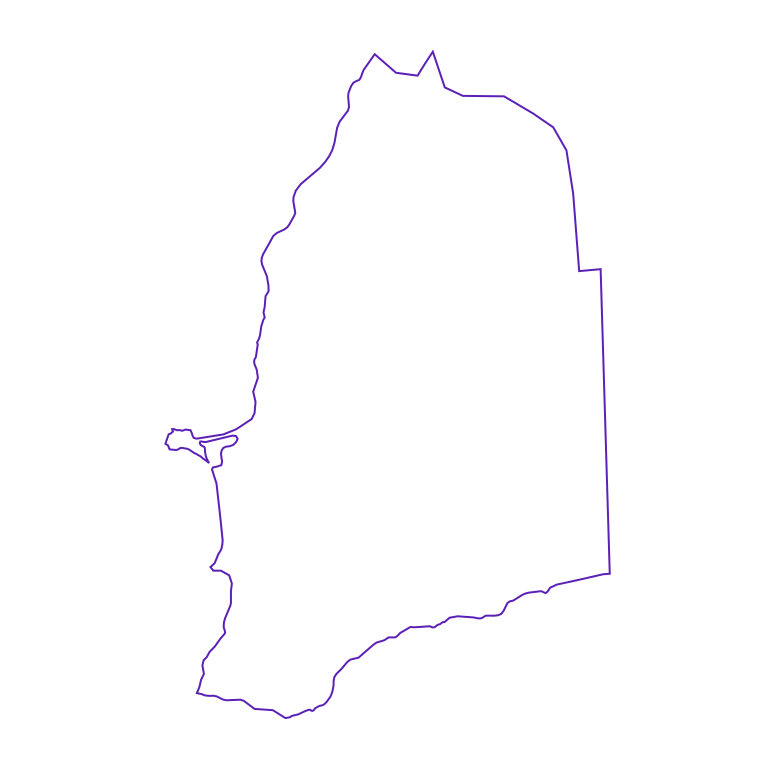 an SVG outline of Bari, rotated 178°
{"feature_id": "SOM-1", "entity_name": "Bari", "entity_type": "Region", "adm_level": 1, "iso_a3": "SOM", "parent_name": "Somalia", "parent_adm1": "", "projection": "orthographic", "projection_center": [50.532, 10.16], "detail": "fine", "context": "isolated", "style": "outline", "palette": "violet", "viewbox_px": 768, "rotation_deg": 178, "n_neighbors": 0, "source": "natural_earth", "source_scale": "10m", "svg_char_len": 3369}
<svg xmlns="http://www.w3.org/2000/svg" viewBox="0 0 768 768"><g transform="rotate(178 384 384)"><path d="M163.5,491.2L163.6,470.7L163.7,450.4L163.8,430.1L163.9,409.8L164.0,389.5L164.1,369.2L164.2,349.0L164.3,328.6L164.4,308.3L164.5,288.0L164.6,267.7L164.7,247.4L164.8,227.1L164.9,206.8L165.0,186.5L171.7,186.2L195.1,181.7L218.3,177.5L225.1,174.6L227.8,170.8L229.7,169.4L231.9,170.3L233.5,171.3L235.4,171.4L246.8,170.4L250.2,169.6L253.0,168.5L262.5,163.0L265.8,162.4L268.3,160.8L272.4,153.1L274.9,150.1L278.1,148.9L282.2,148.6L290.1,148.9L291.1,148.6L293.9,146.9L295.6,146.4L297.6,146.4L302.8,147.6L318.5,149.3L326.7,148.1L331.9,143.9L333.3,144.1L336.5,142.0L338.6,141.5L339.2,141.1L341.5,139.5L342.8,139.0L344.1,139.1L345.3,139.6L346.2,140.0L346.5,140.3L362.6,139.8L365.9,140.3L376.4,134.7L379.8,131.4L381.7,130.4L388.1,130.6L389.7,129.8L391.0,128.8L393.0,127.8L400.6,125.8L404.2,123.4L419.0,111.4L427.1,109.8L430.4,107.5L436.4,100.8L441.7,95.9L443.8,92.9L444.7,89.1L444.9,85.0L445.7,80.9L446.8,77.0L448.4,73.5L452.4,68.3L455.0,65.9L457.5,64.9L459.6,64.6L464.1,62.4L464.9,61.2L465.7,60.4L466.5,59.9L467.6,59.9L469.2,60.9L470.1,61.1L473.9,60.0L481.3,56.8L487.8,55.5L489.7,54.2L494.2,53.6L506.5,61.9L524.7,63.8L535.2,72.3L538.6,73.5L552.6,73.4L556.0,74.3L562.0,77.6L565.3,78.4L569.4,78.4L573.7,79.0L577.3,80.5L581.8,81.6L579.1,87.5L577.1,94.9L574.1,100.5L575.3,109.0L573.9,114.3L570.7,117.2L567.7,122.3L562.2,127.6L556.3,135.3L552.2,139.7L551.5,140.9L551.7,142.9L552.5,145.7L552.7,147.1L552.3,151.2L551.1,155.2L545.4,167.6L544.6,170.5L544.2,182.3L543.0,189.9L545.4,198.2L553.4,203.1L561.1,203.4L563.8,207.1L559.4,211.0L555.5,219.8L553.5,222.6L552.2,225.1L551.2,229.1L550.7,233.3L552.4,258.4L554.9,290.5L558.9,304.7L557.8,306.6L553.7,307.3L549.4,308.6L548.5,311.9L549.4,319.8L548.5,323.4L546.8,325.7L544.1,326.9L540.3,327.2L536.8,328.4L533.7,331.2L532.2,334.4L533.7,337.1L537.2,337.7L564.2,332.2L566.1,332.4L568.1,332.9L569.6,332.9L570.2,331.5L569.4,329.5L567.7,328.4L566.1,327.6L565.3,326.5L565.2,322.4L564.7,318.6L563.5,314.9L561.6,311.1L564.4,313.6L567.2,315.6L569.6,317.9L572.6,319.7L574.2,320.8L576.2,321.7L580.2,324.7L582.4,326.0L585.7,326.7L588.3,327.3L590.1,327.0L591.8,325.9L593.8,325.3L597.5,325.7L600.6,326.2L602.0,330.2L604.5,331.8L603.4,335.0L601.0,341.2L598.8,342.0L598.0,342.7L596.6,343.8L597.3,346.3L595.7,346.3L592.5,345.0L590.1,345.1L587.3,344.3L583.9,345.4L578.9,344.5L577.6,341.0L577.1,338.9L576.0,336.8L573.2,335.9L546.4,339.2L533.5,343.8L517.5,353.6L514.4,359.4L513.0,370.5L515.0,380.9L509.8,394.6L510.7,402.8L512.8,408.5L513.0,410.8L512.7,412.7L511.1,415.4L508.8,427.9L509.4,429.9L507.3,433.7L506.2,437.1L504.6,446.1L502.2,452.7L500.9,454.6L501.9,459.7L501.5,461.5L500.6,464.9L499.3,475.9L496.1,480.7L496.0,486.2L497.3,495.8L501.6,507.4L502.2,511.1L501.7,514.5L500.4,517.7L489.4,535.9L485.8,538.7L478.3,541.9L475.3,543.9L473.1,546.7L467.8,555.4L466.7,558.1L468.2,569.6L468.0,573.6L465.4,580.3L460.2,586.7L440.6,602.2L435.1,607.9L430.8,613.7L427.6,619.4L425.1,626.7L421.9,641.7L419.1,647.9L410.5,658.4L409.3,662.1L409.8,673.0L409.3,676.3L406.4,683.0L404.0,686.2L401.3,687.6L398.0,688.8L396.2,691.7L394.9,695.3L393.3,698.7L381.8,713.9L361.1,694.6L339.7,691.0L332.5,701.8L323.6,714.4L312.9,678.3L295.1,669.2L254.0,667.3L225.5,649.1L205.9,634.6L193.5,611.1L188.3,567.7L185.0,490.0L163.5,491.2Z" fill="none" stroke="#5b21b6" stroke-width="2"/></g></svg>